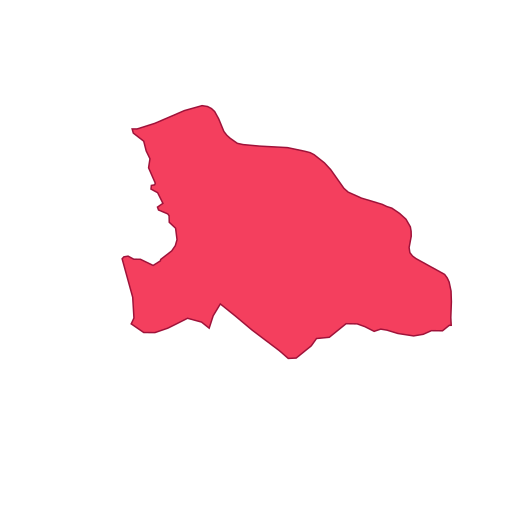 Kim Chaek City, Hamgyŏng-bukto, North Korea, rotated 141°
{"feature_id": "82179303B42335507852567", "entity_name": "Kim Chaek City", "entity_type": "district", "adm_level": 2, "iso_a3": "PRK", "parent_name": "North Korea", "parent_adm1": "Hamgyŏng-bukto", "projection": "mercator", "projection_center": [129.122, 40.77], "detail": "fine", "context": "isolated", "style": "filled", "palette": "rose", "viewbox_px": 512, "rotation_deg": 141, "n_neighbors": 0, "source": "geoboundaries", "source_scale": "gbopen_adm2", "svg_char_len": 1471}
<svg xmlns="http://www.w3.org/2000/svg" viewBox="0 0 512 512"><g transform="rotate(141 256 256)"><path d="M337.8,229.4L326.9,236.5L313.9,241.2L309.8,222.3L305.7,201.1L301.6,184.5L297.5,168.0L295.4,156.1L289.0,151.4L278.2,151.4L269.6,151.4L260.9,153.8L250.2,146.7L237.2,146.7L228.6,146.7L220.1,139.6L215.8,132.5L211.6,123.1L205.1,120.7L200.9,116.0L194.5,106.5L183.8,94.7L175.3,89.9L166.7,87.6L158.1,80.5L149.5,80.5L147.9,79.3L143.4,85.5L133.0,97.4L126.5,106.0L122.3,114.2L121.2,118.6L121.0,123.0L133.3,153.3L134.4,157.5L134.3,161.8L131.7,166.2L122.9,173.7L119.9,177.6L117.7,181.5L116.3,190.2L117.6,198.7L120.3,207.7L123.2,212.1L125.4,216.7L137.6,234.6L144.2,247.7L145.1,253.3L143.6,276.1L144.2,285.3L147.1,298.2L148.9,302.3L152.1,306.6L163.3,320.4L184.0,339.1L195.9,350.7L199.6,355.3L202.0,363.8L202.7,368.1L202.6,373.0L198.7,386.0L197.2,394.3L197.8,398.6L199.6,402.7L203.3,406.8L220.2,414.1L251.2,422.8L268.5,429.6L272.3,432.7L274.0,428.7L271.0,415.9L275.2,406.8L277.2,398.3L282.4,393.6L284.0,392.1L288.4,376.0L290.0,375.1L292.9,376.7L295.5,374.1L292.6,367.1L295.2,355.5L301.8,356.0L302.8,353.1L298.1,344.3L298.2,342.0L302.2,336.8L301.0,328.2L307.1,318.4L312.2,314.8L318.3,313.0L332.2,313.3L333.4,312.4L341.9,313.4L347.9,326.2L353.0,330.4L355.5,336.4L359.2,338.5L361.8,338.1L377.8,301.5L389.9,284.6L395.4,281.9L395.7,281.8L391.4,267.2L382.8,260.1L369.9,255.4L359.1,253.0L348.4,250.7L339.9,238.9L337.8,229.4Z" fill="#f43f5e" stroke="#9f1239" stroke-width="1.5"/></g></svg>